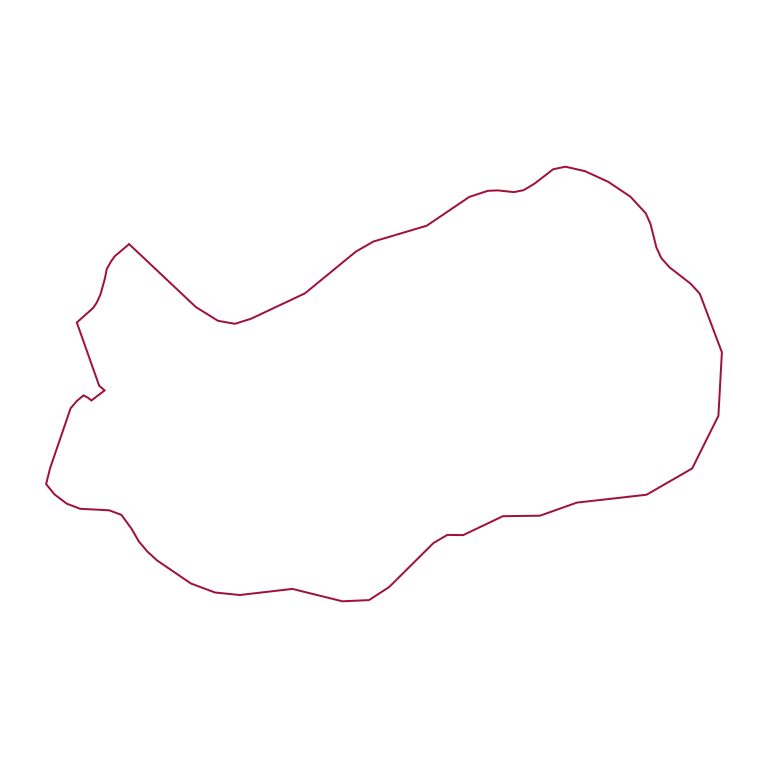 an SVG outline of Upper River
{"feature_id": "GMB-2152", "entity_name": "Upper River", "entity_type": "Division", "adm_level": 1, "iso_a3": "GMB", "parent_name": "Gambia", "parent_adm1": "", "projection": "equal_earth", "projection_center": [-14.24, 13.404], "detail": "fine", "context": "isolated", "style": "outline", "palette": "rose", "viewbox_px": 768, "rotation_deg": 0, "n_neighbors": 0, "source": "natural_earth", "source_scale": "10m", "svg_char_len": 989}
<svg xmlns="http://www.w3.org/2000/svg" viewBox="0 0 768 768"><path d="M129.1,244.1L195.9,307.1L218.0,320.8L234.9,323.8L250.9,318.8L305.0,293.3L356.0,251.5L373.5,241.5L426.7,225.7L469.3,196.9L487.9,190.8L497.8,190.4L513.9,192.1L523.5,190.2L534.3,183.8L553.1,169.3L565.4,166.7L584.8,171.1L608.2,181.8L630.3,196.6L645.7,213.2L650.5,224.0L656.4,247.5L661.2,257.9L663.1,260.1L669.6,267.4L690.5,283.6L699.8,293.7L721.9,352.3L718.4,415.8L692.2,468.4L646.6,494.7L576.9,502.6L539.9,515.7L502.8,516.2L463.2,535.1L447.3,534.9L433.5,543.0L389.2,587.0L369.0,600.1L342.4,601.3L292.3,588.9L239.9,595.0L215.0,592.5L190.9,583.5L157.3,560.6L147.5,551.7L138.8,541.4L131.7,529.0L121.4,514.9L109.2,510.3L80.2,508.8L66.8,503.7L54.6,494.5L46.1,484.1L50.1,468.2L70.6,408.3L76.9,400.9L83.5,395.4L87.7,397.5L91.4,400.5L104.6,390.4L99.2,385.8L76.8,322.5L93.0,308.1L96.7,302.7L100.4,294.7L105.0,278.1L106.8,268.9L111.2,261.2L114.9,256.1L129.0,244.2L129.1,244.1Z" fill="none" stroke="#9f1239" stroke-width="2"/></svg>